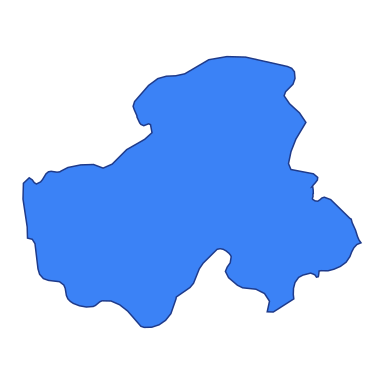 SVG path tracing the border of Haute-Savoie
{"feature_id": "FRA-5302", "entity_name": "Haute-Savoie", "entity_type": "Metropolitan department", "adm_level": 1, "iso_a3": "FRA", "parent_name": "France", "parent_adm1": "", "projection": "robinson", "projection_center": [6.477, 46.07], "detail": "fine", "context": "isolated", "style": "filled", "palette": "blue", "viewbox_px": 384, "rotation_deg": 0, "n_neighbors": 0, "source": "natural_earth", "source_scale": "10m", "svg_char_len": 2010}
<svg xmlns="http://www.w3.org/2000/svg" viewBox="0 0 384 384"><path d="M361.0,242.8L356.9,244.5L353.9,247.7L351.7,251.9L349.9,256.6L346.1,262.2L340.4,266.4L334.0,269.2L328.0,270.8L321.0,270.7L319.1,271.0L318.9,272.8L318.6,275.2L318.3,276.7L316.5,277.2L314.9,274.9L313.0,274.0L310.6,273.1L302.9,275.1L298.6,277.4L295.0,282.5L293.5,288.3L293.3,294.5L293.8,298.9L273.3,312.0L267.2,311.8L269.5,301.2L264.5,293.5L255.9,289.2L242.6,287.8L237.4,285.2L228.6,277.7L225.4,271.4L227.2,267.1L230.2,262.8L231.2,256.7L230.4,255.0L229.0,253.3L226.1,250.9L223.2,249.3L220.1,248.7L217.1,249.3L203.1,263.2L199.3,268.8L193.5,283.3L190.0,287.5L176.3,297.0L176.0,298.9L170.9,313.6L165.6,320.3L159.1,324.8L151.8,327.2L144.2,327.4L140.9,326.3L127.7,311.1L119.7,304.8L111.0,301.0L102.0,300.8L99.7,301.9L95.5,305.4L93.2,306.5L86.3,307.0L79.5,305.8L73.3,303.4L70.3,301.4L67.9,298.9L66.4,295.5L65.2,288.3L63.8,285.0L59.5,281.7L48.5,280.4L43.4,278.6L39.6,274.3L38.0,268.9L35.0,243.7L32.3,239.3L27.5,238.1L27.2,227.0L23.0,199.1L23.4,183.3L29.2,177.8L32.3,179.9L34.2,182.6L36.4,184.0L40.6,181.9L42.5,179.6L46.0,173.8L48.4,171.8L51.1,171.3L57.1,172.2L59.9,171.8L61.1,171.0L67.9,167.5L80.7,164.9L93.5,164.5L103.1,168.1L112.2,164.1L126.7,149.6L144.7,139.3L152.0,132.7L150.5,124.6L148.6,123.8L143.8,125.7L140.9,124.4L139.7,122.9L137.0,117.1L136.9,115.7L134.3,109.8L133.8,108.4L133.1,106.3L134.6,101.5L140.6,94.6L148.6,85.4L157.8,78.6L166.4,76.2L175.7,75.8L184.8,73.8L208.8,59.7L226.8,56.6L245.6,57.1L287.5,66.5L291.7,68.3L294.4,71.7L294.7,74.9L295.0,78.4L293.0,84.2L285.6,91.7L284.1,95.8L289.5,103.7L299.5,112.9L305.9,122.4L295.9,139.1L291.0,151.6L288.5,163.6L290.9,169.5L313.4,173.8L317.7,177.4L317.4,180.0L315.4,182.7L313.2,185.1L311.9,186.9L312.7,186.6L313.2,190.0L313.3,193.7L312.9,194.0L313.0,196.7L312.4,198.2L312.6,199.3L315.1,200.9L317.7,201.2L319.9,199.8L321.9,198.0L324.3,197.2L330.7,199.6L349.8,218.3L351.2,219.1L352.2,222.8L355.5,230.1L357.5,236.5L359.0,240.0L361.0,242.8Z" fill="#3b82f6" stroke="#1e3a8a" stroke-width="1.5"/></svg>